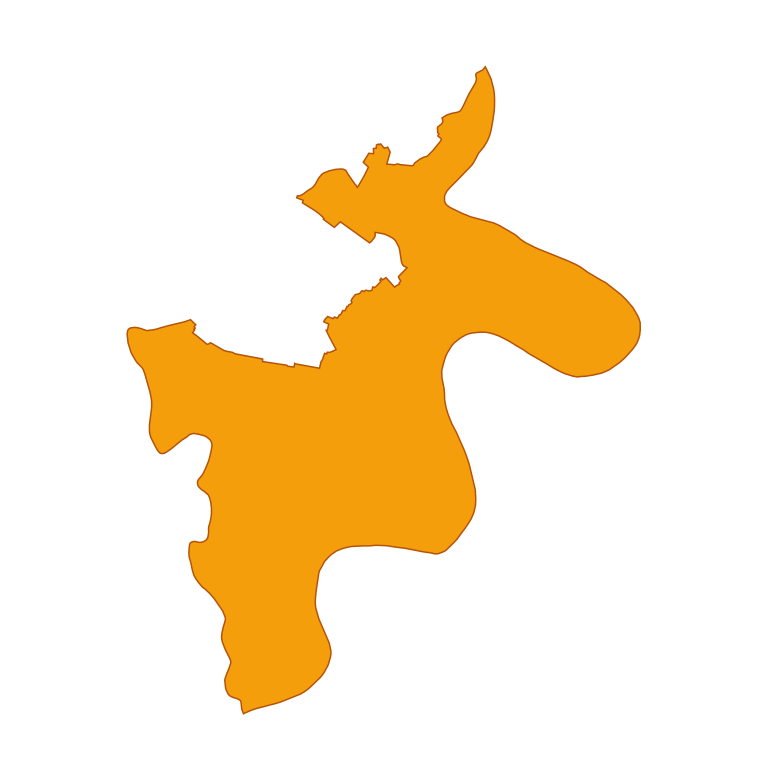 the district of Vu Thu, Thái Bình, Vietnam, rotated 248°
{"feature_id": "81297802B99897160628736", "entity_name": "Vu Thu", "entity_type": "district", "adm_level": 2, "iso_a3": "VNM", "parent_name": "Vietnam", "parent_adm1": "Thái Bình", "projection": "mercator", "projection_center": [106.301, 20.424], "detail": "fine", "context": "isolated", "style": "filled", "palette": "amber", "viewbox_px": 768, "rotation_deg": 248, "n_neighbors": 0, "source": "geoboundaries", "source_scale": "gbopen_adm2", "svg_char_len": 6159}
<svg xmlns="http://www.w3.org/2000/svg" viewBox="0 0 768 768"><g transform="rotate(248 384 384)"><path d="M273.3,136.7L269.3,137.7L263.5,139.6L261.0,141.2L254.7,144.1L248.8,146.1L234.1,149.4L227.3,149.4L225.5,148.9L223.8,147.9L218.6,143.7L213.2,140.1L210.3,138.6L208.2,138.0L205.3,137.5L202.9,137.4L196.4,137.4L187.7,138.2L184.8,138.2L183.7,137.8L182.7,137.4L177.7,133.1L174.0,129.4L170.3,126.2L169.0,125.4L161.4,123.2L159.2,123.1L155.2,123.3L152.7,124.2L150.4,126.1L146.6,130.7L145.1,131.8L144.4,132.2L143.2,132.4L135.8,130.3L130.9,130.2L131.1,132.7L131.2,138.4L131.0,143.4L128.2,165.3L127.9,168.8L127.8,190.6L129.0,197.2L130.3,201.4L135.8,215.1L137.1,217.5L138.8,220.2L143.6,226.1L145.3,227.7L151.2,232.3L153.8,233.8L156.5,234.8L164.4,236.2L190.6,235.6L201.9,236.8L206.0,238.0L210.1,239.7L217.8,243.7L233.1,252.7L235.0,254.2L240.8,261.3L241.8,262.6L244.2,267.6L245.6,271.1L247.0,277.4L247.0,283.5L246.4,288.4L245.8,291.8L244.9,294.9L241.1,305.7L239.8,308.6L237.4,316.3L233.2,325.6L227.1,336.0L224.0,341.7L213.7,357.5L210.2,363.6L207.3,367.8L206.6,369.7L206.3,371.3L206.2,375.9L206.5,378.8L210.5,388.7L212.5,393.1L218.2,402.3L219.5,404.6L222.7,409.4L226.3,414.3L227.7,415.7L231.2,419.2L237.4,423.5L243.5,426.2L251.7,429.0L277.2,432.9L286.7,433.5L292.6,433.6L312.1,433.0L321.6,432.0L330.2,432.0L335.3,432.3L339.8,432.9L346.3,434.2L352.2,436.4L356.9,437.9L367.9,440.0L373.6,442.0L376.1,443.4L383.9,449.3L386.8,451.8L389.3,454.6L393.9,460.8L395.7,464.2L398.0,471.9L398.9,478.2L398.8,481.6L398.3,484.7L396.1,492.4L394.1,497.3L391.3,501.8L388.4,505.3L385.1,508.9L377.4,515.6L367.0,523.3L364.5,525.4L357.8,529.8L343.9,540.7L334.7,547.6L328.5,553.0L325.9,555.5L320.4,562.2L318.4,565.5L317.7,567.2L317.3,569.1L315.6,574.0L313.8,582.1L312.6,589.7L312.6,594.0L312.9,598.6L315.6,610.2L317.5,615.8L320.0,621.3L323.2,627.7L325.8,631.9L327.8,634.4L330.7,637.2L333.6,639.4L338.3,641.9L344.9,644.5L349.7,644.9L352.9,644.7L361.6,643.4L371.4,640.1L378.2,637.1L394.8,627.6L398.2,624.7L411.0,614.9L418.8,610.0L422.8,606.8L429.7,600.2L450.6,578.5L454.6,574.6L462.1,568.1L467.1,564.7L471.4,562.7L474.8,560.4L487.8,550.3L492.2,546.1L506.5,527.0L513.3,520.0L523.0,511.3L526.4,509.2L528.7,508.6L530.0,508.6L531.5,508.9L534.9,510.2L536.9,511.7L539.4,514.7L541.7,519.3L545.1,527.4L554.1,547.6L555.5,549.7L558.9,553.9L562.5,558.0L566.5,565.4L568.5,568.1L570.5,570.7L573.6,573.9L575.3,575.4L579.7,578.7L587.2,583.4L595.6,588.3L599.4,590.2L606.6,593.2L611.4,594.9L616.1,596.1L626.4,597.5L636.2,597.1L640.2,596.7L638.2,593.3L637.7,586.9L637.1,585.5L636.0,584.7L632.5,584.1L631.5,583.6L629.5,582.1L628.5,581.0L621.1,571.4L612.7,562.3L609.5,558.5L608.9,557.5L608.4,555.9L608.4,554.2L609.6,548.0L609.9,543.0L608.9,537.4L607.1,537.4L605.4,536.9L604.5,536.2L603.5,534.6L602.3,530.4L601.9,529.8L601.3,529.4L596.8,527.9L595.2,528.5L593.8,526.8L590.3,528.8L589.3,528.8L587.9,527.2L582.1,516.7L579.0,509.4L579.0,508.2L579.4,506.2L579.1,501.7L577.5,495.4L575.6,492.8L576.3,490.8L581.2,481.4L583.0,479.1L583.3,475.8L585.4,471.9L586.7,468.9L596.7,476.6L602.2,476.1L602.5,472.5L607.8,470.9L607.9,470.4L607.8,468.9L608.6,468.5L608.4,466.5L605.6,465.2L606.3,462.4L601.4,460.6L603.6,456.4L597.3,447.8L590.9,450.8L585.0,444.3L577.6,434.9L576.3,432.9L579.1,432.4L581.0,431.7L591.8,429.3L596.5,428.6L598.5,426.6L599.3,425.1L601.1,419.6L602.2,412.8L602.2,406.7L601.6,404.7L599.6,400.9L594.7,394.7L593.2,391.9L592.6,390.1L591.9,385.6L590.4,380.4L590.0,376.2L590.9,374.1L589.3,372.8L584.6,377.9L582.6,376.2L571.2,384.5L566.7,387.3L562.5,389.4L559.9,390.3L559.4,389.5L547.8,396.6L550.7,404.3L520.3,423.5L521.0,425.9L523.3,429.9L524.4,431.1L525.0,431.5L527.9,432.5L526.0,435.8L522.8,440.6L520.1,443.3L516.4,446.4L514.0,447.8L511.7,448.5L505.3,449.1L502.3,448.7L491.0,446.0L488.3,445.9L486.9,446.1L485.8,446.6L483.2,449.0L478.2,437.7L476.5,437.5L473.2,438.1L472.0,436.0L471.4,435.7L470.9,435.8L470.4,432.0L469.8,430.1L481.9,425.7L481.1,421.9L483.1,420.9L481.9,419.1L480.5,419.8L478.0,414.6L477.1,412.0L477.0,411.2L478.0,410.4L478.2,410.0L477.6,409.4L475.8,408.3L475.4,407.7L475.7,405.2L477.7,402.5L477.8,401.9L477.2,400.1L478.6,398.9L478.6,398.7L478.6,398.0L477.1,395.6L477.1,393.7L477.6,391.4L477.4,390.4L475.5,387.1L473.7,384.8L473.0,384.6L471.8,384.9L471.1,384.3L470.7,383.3L470.6,381.2L469.4,379.5L469.8,378.7L468.1,377.1L466.6,375.3L467.6,373.3L465.2,370.6L464.5,369.6L464.8,368.5L462.5,365.4L464.7,363.1L463.7,361.7L463.7,361.3L467.7,357.0L466.7,355.4L466.6,354.4L464.6,351.7L464.1,351.5L460.3,355.2L455.0,351.5L455.4,350.5L447.7,351.0L433.8,352.5L433.6,345.5L434.7,343.4L434.5,343.0L433.3,342.1L434.7,340.4L429.2,335.6L428.3,334.0L422.8,330.1L435.8,309.5L436.6,308.9L433.5,307.0L434.3,305.3L436.6,301.3L437.8,301.0L450.3,279.8L452.6,280.9L467.9,257.1L470.0,255.5L472.8,251.1L475.1,248.1L487.2,238.7L486.8,236.6L487.1,234.8L497.9,229.0L503.2,225.7L505.0,228.6L505.9,228.2L506.2,228.3L506.2,228.6L505.8,229.0L506.7,229.9L508.2,229.4L509.4,231.7L516.1,228.7L516.3,224.0L516.7,220.2L518.8,206.3L519.7,198.8L520.1,193.8L520.9,189.4L522.4,184.0L526.7,179.1L528.7,176.3L530.0,173.8L531.0,169.6L530.5,167.6L529.4,166.2L526.2,164.4L517.9,162.1L508.4,161.3L505.6,161.5L499.3,162.4L496.2,163.1L489.9,165.7L487.5,166.2L482.7,166.0L464.2,164.0L456.3,162.5L453.2,161.4L449.3,159.8L433.8,151.1L427.9,148.8L424.9,148.1L421.7,147.8L413.8,148.4L407.6,149.1L404.4,150.1L403.8,150.5L402.6,152.1L402.1,154.0L402.4,157.2L403.5,162.0L407.7,175.6L408.8,181.4L409.7,184.0L410.0,185.4L409.6,188.3L409.3,189.3L408.0,191.5L406.0,194.5L403.3,198.0L401.7,199.5L398.0,201.6L397.0,201.9L395.1,202.2L393.3,202.0L392.0,201.7L389.5,200.5L382.6,195.8L378.5,192.7L371.9,186.3L367.9,181.7L365.0,176.3L363.5,174.6L361.8,173.9L360.3,173.5L358.6,173.6L356.5,174.3L354.2,175.4L352.2,176.8L347.1,179.5L343.5,179.7L339.4,179.1L333.4,177.5L328.5,175.5L324.5,173.3L321.2,171.1L317.6,168.2L315.8,167.2L312.1,165.8L308.5,163.7L307.2,162.6L306.5,161.6L305.8,160.1L305.5,158.3L305.5,156.8L305.7,155.3L306.2,153.8L307.1,152.2L308.9,149.7L309.3,148.3L309.5,146.5L309.3,145.2L308.8,144.3L307.9,143.6L305.5,142.2L301.0,140.0L296.7,138.6L290.3,137.9L283.4,136.6L279.9,136.3L277.5,136.1L273.3,136.7Z" fill="#f59e0b" stroke="#b45309" stroke-width="1.5"/></g></svg>